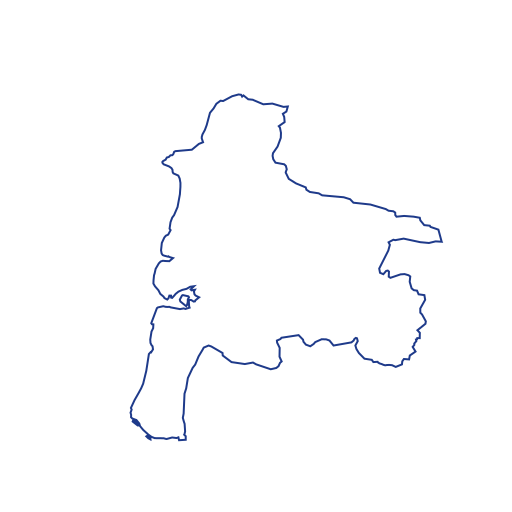 the district of Boffa, Boffa, Guinea, rotated 67°
{"feature_id": "49546643B38864499602181", "entity_name": "Boffa", "entity_type": "district", "adm_level": 2, "iso_a3": "GIN", "parent_name": "Guinea", "parent_adm1": "Boffa", "projection": "mercator", "projection_center": [-14.02, 10.351], "detail": "fine", "context": "isolated", "style": "outline", "palette": "blue", "viewbox_px": 512, "rotation_deg": 67, "n_neighbors": 0, "source": "geoboundaries", "source_scale": "gbopen_adm2", "svg_char_len": 4545}
<svg xmlns="http://www.w3.org/2000/svg" viewBox="0 0 512 512"><g transform="rotate(67 256 256)"><path d="M315.4,79.5L315.2,79.5L303.0,77.8L297.4,84.0L296.0,84.2L293.3,89.1L287.4,90.8L284.8,90.3L281.4,95.5L277.0,104.0L274.7,111.3L272.8,111.8L270.4,110.9L268.5,112.1L266.1,116.3L263.5,118.2L253.3,130.6L245.0,145.5L240.5,147.2L236.2,152.3L226.0,171.4L222.8,173.8L218.1,181.4L214.7,183.7L212.3,183.4L204.8,190.8L197.8,195.7L191.7,196.0L190.9,196.1L190.1,195.6L188.2,193.8L184.7,193.3L182.6,194.2L177.7,201.6L173.7,202.3L170.3,201.6L168.0,200.2L163.7,193.4L156.9,187.0L152.4,184.9L147.2,183.8L145.4,184.3L143.9,177.3L139.0,175.7L135.6,175.7L134.9,171.6L130.8,168.3L129.5,172.4L122.1,181.4L119.2,190.0L111.3,197.6L110.9,197.9L110.8,198.1L108.7,201.9L103.3,204.8L103.7,206.1L103.7,206.3L103.8,206.5L101.8,206.7L100.5,208.9L99.6,215.5L100.5,225.7L99.2,228.0L100.4,233.0L103.6,237.4L106.2,242.4L116.3,250.3L120.0,253.8L123.2,257.8L125.2,259.4L126.6,260.0L130.6,260.3L130.5,264.8L133.1,273.5L128.0,289.2L128.1,290.6L129.9,292.3L130.5,293.6L129.9,295.4L130.8,297.6L130.5,299.6L131.7,301.2L132.0,301.5L132.3,304.4L132.9,305.5L133.7,305.7L135.5,305.2L139.5,301.1L142.0,299.5L144.0,299.2L146.1,299.9L147.6,299.8L151.6,296.1L154.9,296.0L159.2,297.0L162.9,298.6L167.0,300.7L169.4,301.9L180.3,309.1L181.9,310.8L186.4,315.5L187.9,318.1L191.5,321.5L197.1,324.9L198.8,324.5L201.7,328.1L202.0,328.5L202.1,331.1L203.2,333.2L207.2,337.6L213.7,341.2L216.9,341.9L218.7,341.5L219.8,340.4L222.2,337.3L222.1,336.7L223.0,336.2L225.5,333.2L226.9,337.8L225.2,341.4L224.0,343.6L223.8,345.9L224.8,348.3L228.6,353.4L232.4,356.1L233.9,357.4L238.3,359.8L240.0,360.6L241.3,361.2L244.5,360.8L249.4,359.2L253.5,358.9L257.2,357.0L259.0,356.7L261.4,354.7L260.7,353.1L258.6,351.2L259.3,349.7L261.1,350.4L261.8,349.6L260.4,346.5L259.5,344.8L258.5,341.3L258.4,337.1L259.1,332.8L258.6,328.6L259.6,324.9L261.2,329.2L262.4,328.8L263.2,325.4L264.4,327.0L267.3,327.6L268.9,327.0L271.8,324.5L272.4,326.6L273.1,329.1L273.9,329.9L273.6,331.2L272.5,331.9L271.1,333.0L270.5,334.3L271.4,335.5L276.1,337.2L277.6,337.3L277.3,340.1L277.2,341.6L276.0,343.0L275.2,346.7L269.9,354.7L269.0,355.5L268.3,357.4L267.5,359.0L266.0,361.0L265.0,366.4L265.3,367.6L275.6,377.4L277.0,378.7L278.2,378.4L278.7,377.4L278.8,377.2L279.3,377.4L282.3,378.9L284.7,381.7L291.6,386.0L294.8,387.1L297.2,387.0L298.7,386.5L301.7,387.3L303.7,390.2L303.3,390.5L304.4,392.9L318.9,401.9L329.5,409.8L333.0,413.5L336.1,417.4L341.2,424.1L347.0,430.5L348.8,430.5L351.2,432.7L353.4,433.0L355.6,434.0L357.2,433.4L359.7,430.8L360.2,430.2L364.6,428.9L367.3,429.2L372.0,427.8L378.5,424.8L381.6,422.9L384.1,420.4L387.7,412.2L389.0,410.6L389.5,409.8L389.6,409.3L389.6,409.2L390.3,404.1L392.5,400.3L392.6,398.3L393.7,398.5L395.5,398.8L397.7,392.5L394.4,391.1L392.5,391.9L392.4,391.7L389.8,389.8L382.6,387.3L380.2,387.1L376.4,386.6L372.8,384.2L354.8,375.6L350.6,372.0L341.7,366.4L334.2,358.0L332.2,354.4L326.0,348.1L321.5,341.9L319.9,339.9L319.9,334.6L321.8,332.5L332.2,324.7L334.6,325.5L344.1,320.0L351.1,308.5L352.9,300.4L355.8,298.2L366.0,286.7L367.0,281.1L366.2,278.3L363.7,275.6L363.1,273.6L357.9,273.7L349.8,270.1L344.0,270.4L342.0,269.8L342.0,266.0L341.2,264.5L345.5,247.7L351.4,245.4L353.5,245.8L357.1,244.7L360.3,241.3L359.5,237.3L358.4,235.1L358.3,228.0L360.2,223.9L362.5,221.4L368.7,219.6L372.8,201.9L372.0,199.2L370.8,197.8L370.4,196.1L371.2,195.2L374.1,195.6L377.2,199.5L380.8,199.9L385.5,199.2L392.9,196.3L396.8,190.0L399.5,189.4L400.9,185.4L401.6,185.3L403.1,184.3L404.6,182.5L406.0,181.2L407.1,179.8L407.5,178.1L408.3,176.0L408.7,175.2L409.4,174.0L409.6,173.5L409.7,173.4L412.7,170.7L412.8,164.0L410.1,162.5L408.6,160.1L411.0,155.5L407.7,153.3L406.3,146.5L400.9,147.3L399.7,145.0L398.4,144.5L397.0,141.7L395.4,141.4L395.6,140.4L394.6,139.7L395.6,137.4L390.7,135.2L387.4,136.4L384.6,126.5L382.5,125.2L374.7,126.0L372.4,126.9L368.5,125.3L362.4,117.4L357.8,116.3L354.8,121.3L350.8,121.3L349.1,124.1L346.6,125.4L339.8,124.6L335.1,122.0L333.3,123.1L330.7,126.3L329.4,130.1L328.6,140.8L326.9,141.9L322.3,139.7L320.9,140.4L320.6,142.0L322.5,145.9L319.9,148.4L315.7,147.5L302.7,132.1L298.0,128.4L295.2,128.6L294.7,123.2L295.8,121.7L297.7,113.3L307.4,99.5L311.6,91.7L312.7,85.0L315.4,79.5ZM274.9,339.9L274.2,338.7L271.7,336.8L269.3,335.7L267.8,333.8L266.7,334.0L263.4,338.6L263.5,339.6L266.4,343.2L268.3,343.4L274.9,339.9ZM365.8,431.1L366.3,429.7L361.9,431.1L360.0,432.4L359.4,433.4L360.2,434.2L365.8,431.1ZM381.6,426.4L383.6,424.8L382.3,424.3L379.0,426.4L379.2,427.4L381.6,426.4Z" fill="none" stroke="#1e3a8a" stroke-width="2"/></g></svg>